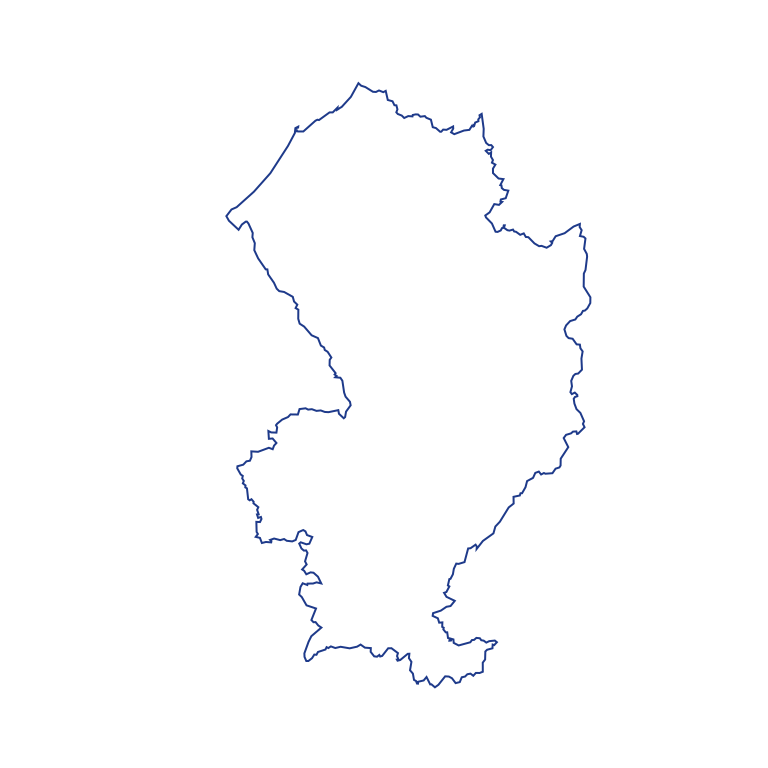 Molise, Campobasso, Italy (Robinson projection), rotated 289°
{"feature_id": "23120603B60242334488993", "entity_name": "Molise", "entity_type": "district", "adm_level": 2, "iso_a3": "ITA", "parent_name": "Italy", "parent_adm1": "Campobasso", "projection": "robinson", "projection_center": [14.558, 41.717], "detail": "fine", "context": "isolated", "style": "outline", "palette": "blue", "viewbox_px": 768, "rotation_deg": 289, "n_neighbors": 0, "source": "geoboundaries", "source_scale": "gbopen_adm2", "svg_char_len": 6152}
<svg xmlns="http://www.w3.org/2000/svg" viewBox="0 0 768 768"><g transform="rotate(289 384 384)"><path d="M113.8,530.9L117.3,533.4L127.5,537.0L128.5,540.6L127.9,544.1L124.5,549.1L126.8,552.7L132.0,553.0L133.8,555.9L136.7,557.3L138.3,560.1L137.2,563.4L140.7,564.9L141.9,568.5L144.1,571.1L152.7,568.1L156.4,569.3L164.1,566.9L166.3,568.0L169.4,572.6L173.0,571.6L173.0,573.2L176.6,574.8L177.5,572.3L175.1,567.2L172.8,564.9L173.8,561.8L173.4,559.4L174.8,557.4L174.0,554.0L171.4,552.5L170.5,550.5L167.9,549.7L161.1,539.7L161.9,534.2L165.1,532.8L165.0,530.9L163.3,530.9L162.6,529.4L164.9,529.0L164.7,527.2L169.8,524.6L169.3,523.2L171.3,520.0L173.0,519.8L173.3,518.1L177.6,516.8L176.3,513.9L180.0,511.2L180.6,505.5L183.3,505.0L188.2,511.5L193.7,515.6L195.7,519.2L202.0,521.5L203.1,512.4L206.1,508.8L207.6,510.7L213.9,511.7L214.3,510.0L220.8,509.3L221.4,510.3L226.5,511.1L232.0,510.2L237.7,510.8L238.2,513.1L241.8,518.1L255.9,517.1L256.9,519.3L261.9,522.9L260.5,524.7L258.2,525.3L267.8,528.6L278.4,536.1L285.5,535.7L291.5,538.4L307.9,542.1L313.2,545.5L319.5,543.2L322.8,548.7L325.1,548.6L325.7,550.1L332.5,551.4L338.8,550.9L343.8,555.5L349.2,556.0L351.6,558.9L349.6,562.0L351.9,564.2L351.7,565.8L354.5,572.3L359.8,573.8L362.2,577.0L364.4,577.5L370.9,575.4L384.3,578.8L391.4,571.5L395.2,572.7L398.2,576.9L400.5,578.2L401.8,581.3L399.6,582.8L400.1,583.6L408.4,587.7L411.0,585.1L413.9,585.3L420.6,579.1L422.9,574.2L427.5,570.4L431.8,568.2L433.9,568.8L435.4,570.8L436.6,570.3L438.0,567.2L435.6,564.9L437.0,562.9L443.0,562.5L447.9,560.0L453.4,560.4L455.8,561.7L457.1,564.2L462.0,566.5L472.3,562.4L479.5,561.2L481.7,558.1L485.0,556.4L484.2,553.2L488.2,547.6L487.5,543.6L488.9,540.8L494.4,536.8L498.7,537.1L504.1,539.5L507.3,543.9L510.6,544.8L514.1,547.6L517.9,548.3L518.8,550.0L521.6,551.6L527.7,552.7L533.2,550.9L541.1,541.1L553.5,537.0L557.4,537.4L570.5,534.6L573.0,533.4L576.9,529.2L587.2,527.1L588.2,524.8L587.7,521.1L593.8,520.8L596.1,517.9L599.1,517.1L594.6,512.0L585.4,505.7L579.6,498.2L574.0,496.9L573.1,495.3L572.2,497.1L569.6,496.6L565.8,493.4L565.9,488.0L564.8,485.8L565.9,480.5L569.8,472.7L569.2,470.2L571.9,467.1L569.4,464.2L570.9,459.3L570.6,457.4L572.0,455.7L569.9,452.7L569.6,450.6L570.8,446.5L573.3,446.5L573.0,445.6L570.4,445.9L569.8,444.8L567.2,444.4L564.8,441.9L564.3,439.9L570.9,433.8L574.7,426.2L576.3,424.9L580.7,428.0L590.0,429.7L590.8,434.4L594.6,436.4L594.4,434.7L596.5,434.4L599.3,438.6L607.3,438.6L606.6,434.2L607.6,431.6L610.0,430.4L609.9,429.2L616.6,430.2L615.6,425.4L618.9,418.4L623.1,416.9L627.7,417.9L628.4,414.0L631.2,414.1L633.8,411.1L637.8,409.9L635.7,408.2L637.6,404.3L639.3,405.7L639.8,408.7L643.5,409.9L644.8,407.7L644.0,405.3L645.2,402.1L650.4,397.4L657.7,395.2L671.2,388.4L669.2,386.8L667.4,387.9L664.9,387.0L663.2,387.7L660.9,385.1L657.6,385.2L657.9,384.2L656.5,384.2L656.8,383.1L652.1,382.0L649.7,377.1L643.1,369.1L643.8,365.5L648.0,366.3L650.0,365.5L644.7,360.4L643.8,357.1L641.2,356.0L640.8,354.9L642.9,349.8L642.7,346.5L649.2,342.3L649.5,337.4L650.6,335.4L648.6,331.4L649.9,328.4L649.2,326.1L647.7,323.6L646.3,323.8L645.2,319.7L642.1,316.5L643.6,313.4L643.8,309.1L644.9,307.2L648.0,307.3L651.5,305.0L651.0,303.1L654.1,300.0L653.8,295.1L661.7,290.2L659.7,288.3L659.9,283.7L657.5,281.3L656.7,278.4L658.7,269.7L658.6,265.3L660.1,261.9L644.7,259.2L632.2,253.8L629.6,251.5L630.2,250.8L629.2,251.4L628.0,250.4L630.1,250.0L624.1,247.1L623.1,244.1L612.4,236.6L612.2,235.0L610.7,233.5L596.5,225.5L594.8,220.6L595.0,219.0L596.4,218.7L594.5,218.9L594.5,217.6L597.1,217.3L598.5,219.3L599.4,219.1L597.1,216.9L592.3,218.0L577.8,215.7L546.3,207.9L523.5,198.4L503.2,187.1L499.4,183.0L491.4,180.3L487.9,184.2L482.5,196.3L488.5,197.7L492.5,200.4L492.9,201.5L491.6,203.6L484.1,210.7L479.9,211.8L475.1,216.0L468.3,217.8L461.8,224.1L453.9,234.8L454.4,236.4L449.9,238.8L443.9,247.0L439.2,251.5L437.7,254.7L438.5,259.6L436.7,269.4L432.7,272.1L430.8,276.2L427.0,275.7L426.4,278.8L417.7,281.7L413.6,284.6L412.3,289.8L406.5,299.7L405.9,306.6L399.8,311.8L399.0,315.5L396.9,316.9L396.1,320.2L391.9,325.6L389.2,324.8L383.8,326.5L378.5,334.7L376.9,334.2L376.2,336.5L374.5,335.7L375.7,340.7L373.5,343.6L362.9,349.1L359.5,351.8L356.1,357.6L353.0,359.4L345.5,357.1L340.1,358.0L338.5,357.1L341.2,351.1L344.4,349.3L339.3,340.7L338.3,337.1L338.4,332.8L336.6,328.9L336.7,324.0L335.1,320.6L335.5,317.8L332.8,312.3L327.1,312.5L324.8,305.5L321.5,304.0L317.2,299.3L311.7,295.9L309.9,295.3L308.2,297.1L303.0,298.1L301.5,293.1L301.9,290.0L294.7,293.0L296.2,296.4L293.2,301.5L290.0,300.1L286.1,300.0L286.2,295.9L278.9,287.0L277.1,280.5L271.8,282.5L267.8,282.2L266.1,279.1L261.9,277.2L258.5,272.2L256.5,272.7L251.8,278.0L251.1,280.4L248.5,280.7L246.7,283.0L244.1,282.9L243.0,286.1L241.1,286.5L240.7,288.4L230.8,293.1L230.3,294.9L231.9,296.2L230.2,299.1L228.7,299.4L226.6,305.3L223.7,305.0L220.0,307.9L219.3,306.4L216.4,308.6L218.2,310.9L216.5,312.1L213.1,311.7L212.1,308.2L202.7,311.7L201.1,313.6L197.7,312.5L198.1,316.8L193.9,320.3L196.2,323.8L197.5,328.9L198.7,328.7L199.5,327.1L202.1,330.4L202.6,336.7L204.9,340.0L204.1,343.1L205.3,348.5L207.8,351.3L216.1,351.4L219.6,355.1L219.1,357.7L216.1,360.4L216.0,366.0L208.7,365.4L207.2,362.9L207.2,356.8L205.5,355.8L201.6,359.5L200.4,362.5L201.3,364.5L199.3,366.7L190.6,367.1L188.2,369.6L182.0,367.0L181.4,369.3L178.8,372.5L182.0,375.9L182.6,378.8L180.3,384.3L175.0,389.6L174.5,384.8L172.2,381.8L170.4,376.7L169.0,376.9L169.1,372.0L164.9,371.1L157.3,372.3L155.8,375.6L149.5,382.8L149.6,392.8L137.2,392.2L135.8,394.9L136.6,396.8L134.3,400.4L133.3,404.1L121.9,397.4L115.7,396.6L103.4,396.4L100.1,397.7L96.8,400.7L97.5,402.7L101.3,405.2L105.5,406.2L106.0,408.3L109.1,408.8L113.9,415.1L116.5,415.4L116.2,417.3L118.6,419.2L118.5,423.9L121.4,428.5L122.9,437.6L126.9,444.1L130.0,446.7L128.5,451.8L130.0,457.5L126.4,458.6L123.3,463.4L123.9,466.2L126.3,467.8L125.1,469.1L126.3,470.8L135.5,474.0L136.6,477.1L134.1,484.8L131.0,484.9L128.2,487.4L127.6,486.0L126.8,486.9L128.3,489.2L136.6,494.3L137.2,495.8L132.9,496.8L130.2,500.4L121.8,501.8L119.6,505.6L114.0,508.7L113.6,511.0L111.5,512.7L111.8,513.7L113.5,513.1L116.6,518.0L120.8,519.6L115.0,525.5L115.5,526.6L113.8,530.9Z" fill="none" stroke="#1e3a8a" stroke-width="2"/></g></svg>